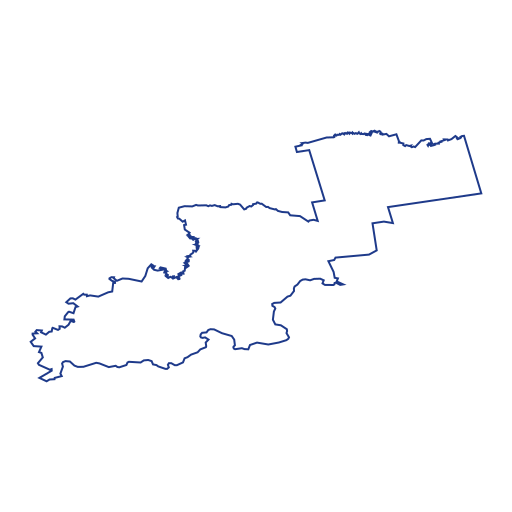 Kurmenes pag., Vecumnieku, Latvia
{"feature_id": "27541924B36001401326835", "entity_name": "Kurmenes pag.", "entity_type": "district", "adm_level": 2, "iso_a3": "LVA", "parent_name": "Latvia", "parent_adm1": "Vecumnieku", "projection": "robinson", "projection_center": [24.833, 56.463], "detail": "fine", "context": "isolated", "style": "outline", "palette": "blue", "viewbox_px": 512, "rotation_deg": 0, "n_neighbors": 0, "source": "geoboundaries", "source_scale": "gbopen_adm2", "svg_char_len": 6057}
<svg xmlns="http://www.w3.org/2000/svg" viewBox="0 0 512 512"><path d="M481.3,193.4L464.0,135.8L461.9,136.1L460.5,136.9L460.9,137.6L459.9,138.3L458.5,138.2L458.5,138.9L457.5,139.2L456.7,138.0L456.8,137.1L455.4,136.0L451.5,139.1L448.0,140.4L447.7,139.5L444.1,139.4L444.5,140.1L440.7,141.4L441.1,141.9L438.6,142.7L438.8,143.6L435.0,143.7L433.8,144.2L434.6,144.9L434.1,145.1L431.0,145.9L430.7,145.0L431.3,144.9L430.5,144.2L428.9,145.1L428.5,144.3L428.0,145.7L427.6,145.1L427.5,144.8L430.2,143.1L431.9,142.9L430.0,138.8L426.3,139.1L423.6,140.5L421.3,140.4L415.1,147.1L413.7,146.5L411.8,147.2L410.5,146.3L410.9,145.6L409.3,146.0L406.2,145.1L405.1,146.1L403.3,145.1L403.4,143.5L400.0,142.7L399.3,141.3L399.3,142.7L398.8,142.7L398.9,141.1L396.4,134.3L389.0,136.3L386.4,133.9L382.6,134.6L382.5,133.7L381.7,133.4L380.8,133.8L381.5,134.5L380.6,134.1L380.2,133.8L380.9,132.9L380.4,131.6L379.2,131.0L378.5,131.7L377.0,131.7L376.9,132.5L375.2,131.9L375.5,131.3L374.6,130.7L372.5,131.5L371.2,131.0L370.4,131.7L371.8,132.2L369.4,133.4L371.3,133.8L370.5,135.5L367.4,134.2L367.1,135.1L365.8,134.9L365.5,134.3L366.1,133.8L364.4,133.5L363.8,134.1L361.8,134.0L361.2,133.2L360.5,134.0L359.2,133.3L358.8,132.3L357.4,133.8L356.0,133.4L356.6,132.7L354.5,133.8L353.6,133.1L352.7,133.7L352.3,132.5L351.6,133.1L350.1,132.6L349.5,133.6L348.8,132.7L347.8,133.3L347.5,132.6L346.9,133.0L347.0,133.7L345.5,133.6L345.1,133.0L344.1,133.3L344.0,134.3L342.2,133.3L340.5,134.7L339.7,134.0L338.9,134.9L337.2,134.7L336.5,135.6L335.8,135.6L335.1,134.6L334.0,135.7L334.3,137.0L333.7,137.3L326.6,137.5L307.8,142.9L305.5,142.6L302.1,143.1L302.7,143.5L302.5,144.1L300.9,144.9L301.3,145.4L295.4,146.7L296.9,152.0L309.2,150.1L324.7,200.4L312.1,202.4L317.7,220.9L313.6,219.8L309.4,220.5L308.4,221.6L300.0,216.1L290.2,215.3L288.2,212.4L282.1,212.0L277.9,210.9L275.9,209.1L275.1,209.5L269.6,208.1L268.0,206.9L266.2,207.0L261.7,203.7L260.3,203.8L257.7,202.4L256.9,202.5L256.3,203.6L253.1,204.2L253.1,205.0L251.2,206.5L249.7,206.0L246.6,207.7L246.2,208.7L244.2,209.4L240.1,204.6L237.9,203.8L232.8,204.3L231.5,203.8L231.2,204.8L229.1,205.1L228.3,206.5L225.5,207.4L220.4,207.1L219.6,206.7L219.8,206.1L217.7,206.3L214.7,205.1L211.9,205.9L210.0,205.4L208.3,206.2L206.3,205.3L198.0,205.5L196.1,204.9L192.3,206.4L184.5,206.2L178.8,207.7L177.4,213.0L177.7,216.5L177.1,217.0L177.9,218.5L179.3,218.7L182.7,221.7L185.0,220.4L186.0,224.7L184.1,225.1L184.8,229.5L189.6,232.8L188.7,234.0L189.1,234.4L188.3,234.6L189.9,235.7L188.2,236.0L189.3,236.8L192.7,237.0L192.0,237.6L189.6,237.8L190.1,238.4L192.8,238.4L192.7,239.4L193.2,239.8L194.0,239.4L193.8,238.8L194.5,238.1L195.4,238.2L195.1,239.0L197.3,238.9L196.4,239.6L197.9,240.7L196.4,240.3L195.9,241.3L196.6,241.8L197.9,241.0L198.3,242.4L197.5,243.5L196.0,243.0L195.8,243.5L197.2,244.6L195.6,244.8L198.3,245.9L196.8,246.7L197.1,247.4L198.5,247.3L198.1,248.5L196.7,247.9L196.8,248.8L197.8,249.1L196.0,251.5L195.5,250.8L193.2,250.7L193.4,252.2L192.6,253.2L190.4,254.6L190.2,255.8L188.7,256.0L189.8,256.6L187.1,257.0L188.0,257.5L187.3,259.0L188.8,260.0L188.7,261.4L187.9,261.7L186.2,260.3L185.5,261.2L186.2,262.4L184.6,263.0L185.9,264.2L187.4,264.0L188.3,265.3L185.5,265.7L187.7,266.6L185.8,267.9L185.7,267.0L185.1,267.1L184.7,270.7L183.1,271.4L183.5,273.7L182.0,273.7L181.1,272.5L178.4,274.1L178.7,274.7L182.0,274.8L178.0,276.5L179.5,278.3L179.4,279.0L178.2,279.2L176.3,277.1L173.6,278.3L173.9,276.3L172.7,276.4L172.1,277.8L170.3,276.8L168.2,278.0L166.3,276.5L167.8,275.8L167.8,275.0L165.9,274.8L166.6,273.8L166.4,273.0L164.3,272.5L164.6,271.7L166.8,271.1L164.7,269.8L165.9,269.5L165.7,268.6L160.5,267.4L159.9,268.1L163.2,269.6L157.6,270.6L154.1,269.8L151.7,267.5L151.6,266.7L152.5,266.3L153.6,267.8L154.6,266.3L152.7,266.1L153.0,265.4L151.3,264.3L147.7,268.3L145.3,276.0L141.6,281.5L128.7,278.8L122.5,278.5L116.9,280.8L113.7,278.2L114.0,277.3L111.4,277.2L109.5,278.3L109.4,278.9L111.9,280.8L114.9,281.8L115.0,282.9L113.2,283.0L112.2,291.5L108.2,292.3L98.3,296.6L90.1,295.4L86.9,296.2L86.8,294.7L84.2,294.7L83.3,293.8L75.4,299.6L72.8,298.3L70.4,298.4L66.3,302.2L68.5,303.7L73.3,303.2L77.6,306.5L75.5,307.1L73.5,313.2L69.0,311.7L68.2,312.1L64.8,316.3L64.4,319.4L73.6,319.6L74.3,321.6L73.8,322.0L70.7,320.9L68.5,324.8L64.8,327.7L62.1,326.4L59.5,326.3L59.7,328.8L58.0,329.9L52.7,327.8L52.3,328.2L51.7,331.5L49.2,331.8L45.9,334.6L41.1,332.3L41.8,330.5L36.7,330.1L35.4,331.7L37.1,333.3L32.6,333.6L32.6,334.7L35.1,338.4L30.7,341.8L33.7,346.1L41.4,346.6L39.0,352.1L41.4,352.9L42.8,357.4L37.9,363.2L38.9,364.8L49.8,369.7L51.6,369.1L51.7,370.7L39.4,377.9L46.6,381.3L49.6,379.5L54.5,379.2L54.7,377.9L61.7,376.1L60.4,373.6L62.9,366.6L62.1,363.5L63.0,362.1L65.5,361.1L69.9,361.5L74.4,365.6L77.8,366.9L83.4,366.8L96.2,362.8L99.4,363.4L108.8,367.1L115.7,365.8L117.4,367.0L119.3,367.3L126.4,365.0L127.5,362.5L128.9,361.8L140.6,362.5L143.8,360.4L148.2,360.0L151.6,361.1L153.0,364.4L156.5,365.1L158.2,366.4L165.5,368.9L167.1,368.9L168.8,367.4L167.9,364.8L168.9,363.2L171.3,363.2L174.8,365.2L176.9,365.2L183.0,362.4L184.6,358.3L187.5,357.2L191.1,354.6L197.6,352.3L200.3,349.4L205.9,347.2L206.2,346.2L205.7,342.5L208.5,339.6L205.1,337.4L202.6,337.9L200.9,337.4L200.3,336.4L200.7,334.4L202.1,332.8L206.5,332.4L208.3,330.0L210.5,329.2L214.1,329.4L222.0,333.2L231.7,336.0L234.2,339.6L234.9,345.3L233.5,346.7L233.4,347.5L233.9,348.6L235.1,349.2L241.9,348.2L244.5,349.1L248.3,349.3L250.0,345.0L257.0,342.6L268.3,344.5L278.9,342.5L286.3,340.2L288.3,338.8L289.0,337.3L286.5,333.1L287.1,331.0L286.8,329.2L280.9,325.3L275.3,324.4L272.9,319.7L273.9,311.5L275.3,308.5L274.5,307.0L272.4,305.8L272.2,304.0L274.2,302.9L280.6,302.5L287.5,296.6L290.4,295.7L294.0,291.0L293.9,288.4L294.6,286.5L297.4,284.6L300.2,281.0L302.7,279.6L305.5,279.3L310.1,280.3L314.1,278.9L320.2,278.7L323.7,280.3L322.5,283.4L324.9,284.9L333.3,285.0L334.4,284.4L334.6,283.0L335.8,282.6L340.2,284.9L343.2,284.4L336.7,281.4L337.9,278.4L334.7,277.8L333.6,271.9L328.4,261.2L334.2,260.0L335.5,257.6L369.0,254.6L376.7,250.4L372.5,223.3L383.9,221.6L392.9,223.1L388.0,207.1L481.3,193.4Z" fill="none" stroke="#1e3a8a" stroke-width="2"/></svg>